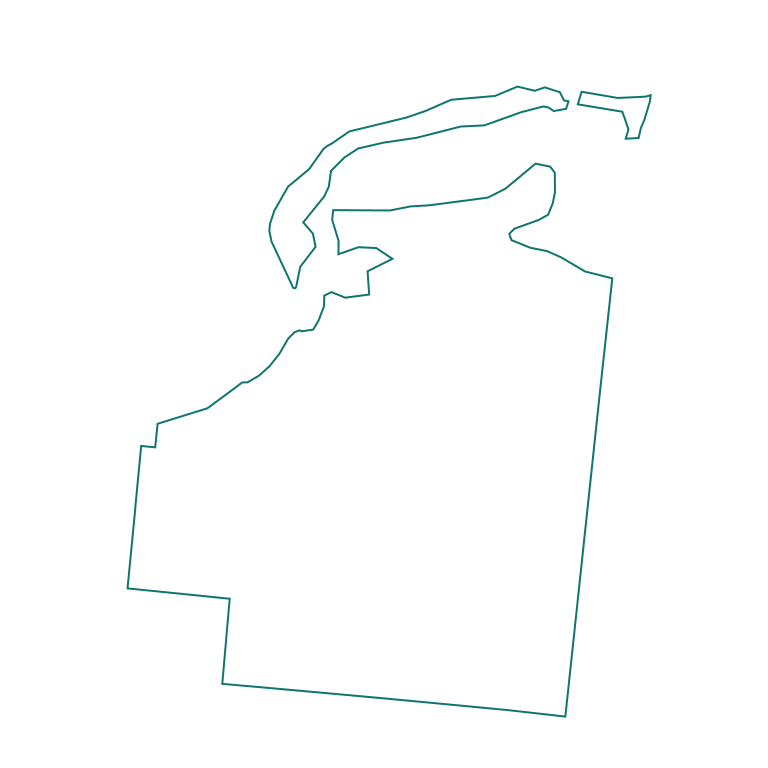 Lee, Florida, United States of America, rotated 96°
{"feature_id": "52423323B55479715593619", "entity_name": "Lee", "entity_type": "district", "adm_level": 2, "iso_a3": "USA", "parent_name": "United States of America", "parent_adm1": "Florida", "projection": "mercator", "projection_center": [-82.071, 26.553], "detail": "fine", "context": "isolated", "style": "outline", "palette": "teal", "viewbox_px": 768, "rotation_deg": 96, "n_neighbors": 0, "source": "geoboundaries", "source_scale": "gbopen_adm2", "svg_char_len": 1595}
<svg xmlns="http://www.w3.org/2000/svg" viewBox="0 0 768 768"><g transform="rotate(96 384 384)"><path d="M255.1,168.0L251.1,195.7L239.4,221.4L234.8,235.7L233.2,252.8L228.8,268.2L227.6,272.3L221.5,275.1L215.9,270.5L204.6,247.1L198.5,238.5L186.8,235.1L175.5,234.0L156.1,236.2L150.5,241.4L149.0,256.3L177.1,283.7L187.8,300.3L201.6,357.9L204.6,376.2L210.8,396.2L216.4,452.7L226.1,452.7L246.5,444.1L259.7,442.9L250.6,423.6L249.6,405.9L257.9,390.1L258.6,388.7L273.3,411.6L273.6,412.1L296.6,408.1L302.2,431.6L298.1,445.8L302.3,452.6L312.9,451.8L327.4,455.6L337.3,460.1L340.2,471.4L339.4,473.6L342.0,478.5L348.8,484.0L364.9,491.2L378.1,499.6L388.6,509.0L396.6,519.9L397.3,525.2L409.8,538.7L426.6,557.1L447.2,605.0L470.9,604.9L471.0,619.0L528.4,618.5L535.7,618.3L614.1,617.7L613.7,515.0L699.1,513.5L697.7,423.5L697.6,418.4L696.5,337.1L695.4,228.6L695.8,168.9L371.4,168.4L371.2,168.4L255.1,168.0ZM75.4,239.6L72.2,255.2L76.6,264.5L74.3,282.5L85.9,303.6L94.3,346.9L108.1,371.2L116.5,389.1L136.5,445.0L149.7,460.3L153.0,465.0L156.6,468.8L178.1,480.9L197.7,500.0L223.1,511.2L236.6,514.1L243.6,514.1L254.2,510.7L297.9,484.3L298.0,482.1L296.4,481.5L276.1,479.5L254.7,466.4L241.9,470.4L231.7,481.2L203.6,463.0L193.4,459.5L177.6,459.0L162.8,447.0L152.5,434.4L143.9,409.3L135.7,377.3L119.9,334.5L116.3,311.2L99.3,275.9L91.3,254.5L91.8,249.4L94.8,243.7L91.3,231.7L83.6,230.0L83.1,234.7L75.4,239.6ZM68.9,149.0L70.9,153.9L75.1,181.6L72.7,218.0L85.6,220.5L88.3,175.5L95.0,172.2L105.4,167.5L114.8,169.3L112.7,156.5L102.5,155.3L94.7,152.8L75.2,149.1L68.9,149.0Z" fill="none" stroke="#0f766e" stroke-width="2"/></g></svg>